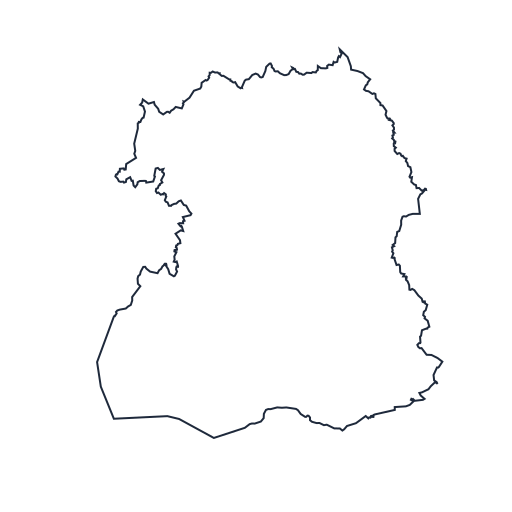 Newport Lea-4, North Tipperary, Ireland, rotated 257°
{"feature_id": "5873133B73905952621151", "entity_name": "Newport Lea-4", "entity_type": "district", "adm_level": 2, "iso_a3": "IRL", "parent_name": "Ireland", "parent_adm1": "North Tipperary", "projection": "albers", "projection_center": [-8.21, 52.789], "detail": "fine", "context": "isolated", "style": "outline", "palette": "slate", "viewbox_px": 512, "rotation_deg": 257, "n_neighbors": 0, "source": "geoboundaries", "source_scale": "gbopen_adm2", "svg_char_len": 6092}
<svg xmlns="http://www.w3.org/2000/svg" viewBox="0 0 512 512"><g transform="rotate(257 256 256)"><path d="M429.4,177.1L427.2,179.8L421.7,180.3L416.1,177.6L416.1,176.6L414.9,175.1L412.6,173.5L413.0,172.1L412.3,172.0L411.8,170.6L406.7,169.5L392.9,162.6L385.6,162.0L383.0,160.4L378.6,161.2L374.8,150.2L369.6,148.5L369.7,147.1L371.1,146.8L371.6,143.0L368.8,142.2L369.1,141.0L366.7,139.2L367.1,138.4L366.6,137.7L365.1,136.9L362.6,138.5L359.7,139.2L358.7,140.7L358.3,143.5L357.2,143.9L357.4,145.9L359.9,146.9L361.1,151.1L357.2,151.7L357.1,152.9L352.2,152.6L350.2,153.8L352.5,156.5L354.5,157.3L355.2,159.6L354.2,164.8L353.7,165.7L352.2,165.6L351.7,172.6L356.2,175.4L357.0,174.9L363.8,177.9L363.9,180.2L361.5,181.7L361.6,185.3L359.2,183.4L357.2,184.9L355.8,184.6L351.2,180.6L348.7,181.3L347.8,178.6L346.8,178.3L346.6,177.1L344.1,175.5L344.0,173.9L341.7,172.9L339.6,173.7L339.8,175.2L337.1,177.0L337.4,179.0L337.0,179.3L338.0,180.6L336.3,182.0L335.2,181.5L334.2,182.0L330.9,179.7L329.2,180.3L328.1,181.9L324.5,182.5L324.0,184.6L324.6,185.1L325.2,188.0L325.0,190.1L326.7,193.0L327.0,195.3L322.0,197.1L320.8,199.3L314.6,201.0L311.8,202.6L310.5,201.4L310.4,193.5L306.4,194.3L306.3,192.7L304.3,192.4L305.2,189.0L304.9,187.7L302.2,189.0L301.8,189.3L302.1,190.0L301.5,190.3L296.7,190.7L297.9,188.4L295.8,182.6L288.5,185.5L285.5,185.2L285.4,182.6L284.4,181.9L284.2,180.6L282.6,179.9L282.3,180.5L280.1,180.5L279.8,180.3L280.1,178.0L279.2,177.6L278.8,177.5L277.6,179.3L274.0,176.3L270.7,175.9L269.0,174.6L268.2,176.1L268.5,177.5L263.6,177.8L263.0,177.5L263.6,176.3L262.9,175.8L260.9,175.1L258.6,175.6L255.0,172.5L254.7,171.4L258.1,167.8L262.9,167.5L266.8,166.1L267.1,166.7L268.6,166.7L269.0,165.6L268.4,164.6L267.9,164.6L266.9,162.5L264.8,160.7L263.9,158.4L261.4,156.2L264.6,149.3L268.4,146.3L270.4,145.6L270.7,143.7L266.8,140.2L264.0,138.8L262.9,136.7L260.6,135.5L255.5,134.7L252.6,136.5L243.9,126.1L240.5,125.4L236.5,123.0L235.6,120.0L234.1,117.3L234.4,111.2L234.1,108.6L233.0,107.0L231.4,107.3L229.2,105.0L229.5,104.6L228.7,103.7L188.4,77.3L163.6,75.4L129.4,80.9L119.9,133.6L114.5,144.4L88.2,174.0L91.1,206.5L93.6,212.0L93.7,214.2L93.0,217.1L93.6,223.5L96.3,227.0L100.5,228.2L103.8,231.1L104.1,233.4L103.5,235.9L103.7,242.6L102.3,247.1L101.6,251.5L98.0,260.6L96.3,262.2L92.0,264.0L88.2,267.7L88.0,268.8L88.9,270.2L88.5,271.3L86.5,272.3L83.9,271.7L81.9,273.2L79.6,277.4L79.0,280.3L75.9,284.1L75.7,287.0L70.4,293.5L69.1,298.9L66.5,300.9L67.3,302.9L69.9,306.4L70.6,315.8L75.4,326.9L72.5,328.9L73.3,330.0L72.8,331.1L74.2,332.0L74.2,332.9L73.1,333.0L72.8,334.2L74.7,334.9L74.9,336.2L74.8,356.6L77.6,357.2L75.8,368.2L76.3,372.3L79.1,377.0L81.0,374.6L81.9,375.3L80.9,376.5L81.2,376.9L79.2,378.2L78.3,386.3L78.9,388.1L83.0,385.1L85.8,384.4L85.8,387.0L87.4,394.1L89.8,397.0L92.4,401.5L92.3,402.8L90.6,404.1L92.6,403.6L94.7,401.6L100.1,402.2L106.7,407.3L106.3,408.4L106.7,409.2L111.1,413.8L115.7,410.0L120.1,404.7L121.4,400.0L129.0,396.6L129.2,395.0L130.8,393.7L133.1,393.2L134.4,395.1L134.2,396.4L134.7,396.8L140.5,397.7L141.2,398.9L146.3,401.0L146.9,404.9L146.7,406.6L147.6,407.0L148.1,409.0L154.3,408.7L157.3,406.2L158.7,407.0L160.7,405.6L163.9,407.0L165.1,409.2L170.0,411.9L171.7,410.1L173.8,410.3L174.0,409.5L173.3,408.7L173.9,408.0L177.2,407.9L180.9,405.3L187.1,402.6L188.8,400.8L188.2,398.9L188.7,397.9L193.2,398.7L197.3,398.0L198.8,396.9L200.9,397.8L200.7,397.1L202.3,397.5L203.0,394.8L205.0,396.5L206.3,393.5L207.9,392.9L214.1,394.0L215.6,393.2L215.6,390.9L221.6,390.3L222.8,390.7L223.4,390.3L223.3,389.1L223.9,387.9L227.8,390.5L229.6,389.6L230.8,390.5L233.9,390.4L234.5,392.8L236.0,391.7L237.3,394.5L242.8,396.1L243.6,397.5L247.7,399.0L248.1,401.2L253.8,404.5L257.9,405.4L261.3,407.6L261.5,409.0L260.7,411.1L261.7,414.1L261.8,418.3L260.2,425.1L275.2,426.8L279.1,430.0L279.6,431.8L282.6,435.8L282.2,436.6L283.2,436.6L283.6,435.8L282.5,434.5L282.4,432.2L285.6,430.2L286.0,427.7L289.2,427.8L290.1,426.2L293.4,424.0L297.7,425.7L297.6,423.9L298.7,423.4L302.8,426.3L307.8,426.4L309.4,424.4L312.6,424.4L314.8,423.3L317.0,424.6L318.0,422.7L320.6,421.6L320.4,420.8L321.2,420.1L323.2,419.8L324.1,418.6L323.6,416.6L327.1,414.7L329.2,415.1L330.1,416.6L332.0,415.0L334.6,415.5L335.8,416.5L335.0,417.1L336.2,417.6L337.1,416.4L338.3,416.4L339.9,415.1L340.8,416.1L342.7,416.0L343.1,417.5L345.4,417.5L345.1,418.7L347.4,417.6L348.2,418.9L350.1,419.3L352.6,418.3L353.6,419.9L354.5,420.1L357.3,418.9L358.5,416.5L359.2,417.5L359.9,417.2L360.3,415.2L361.4,414.7L364.5,414.0L367.9,415.7L374.2,413.2L375.0,411.2L377.1,411.6L382.7,408.2L387.0,408.8L388.0,407.5L387.7,406.0L388.1,405.5L391.2,402.7L392.2,400.3L394.0,398.7L397.6,401.4L398.2,403.0L400.1,404.0L402.5,407.0L406.6,403.3L410.1,401.4L413.4,396.5L416.2,390.6L419.6,391.1L429.2,390.0L438.5,384.1L435.6,384.1L434.2,385.2L430.9,382.6L432.1,381.7L431.0,380.7L426.9,378.8L426.8,376.2L427.7,375.3L424.7,373.6L426.1,370.0L425.2,368.1L423.2,367.8L423.1,366.3L424.4,361.5L427.2,359.0L423.2,358.0L422.8,356.8L421.4,355.6L422.5,352.4L421.8,351.2L423.2,346.6L421.9,343.6L422.1,342.3L423.7,340.7L423.9,339.2L425.8,338.3L426.4,336.7L429.5,336.0L429.6,334.2L430.8,334.6L431.5,333.7L430.0,334.1L428.7,331.3L425.9,328.7L425.5,326.1L425.9,324.1L428.7,320.4L431.1,318.8L431.4,316.6L432.0,315.7L434.6,315.2L436.4,313.8L437.6,314.3L440.3,313.6L440.4,312.5L438.0,308.5L434.1,306.7L428.9,302.8L428.8,301.3L429.4,300.2L432.4,298.7L433.8,296.7L433.2,293.1L429.9,288.8L430.1,286.0L429.4,284.5L423.6,280.2L422.9,280.2L423.3,279.5L422.9,278.7L425.3,276.3L430.1,274.8L430.0,273.5L430.7,272.2L431.8,271.7L432.5,270.5L433.8,270.7L434.0,269.7L438.9,264.8L439.2,263.1L441.4,261.5L442.2,261.7L442.3,260.7L443.5,259.9L444.0,257.3L445.5,255.3L444.6,253.2L445.0,252.1L442.6,251.5L441.7,250.2L440.3,250.5L438.3,248.3L438.1,247.3L438.8,246.5L437.0,242.0L433.3,240.8L431.7,239.3L431.0,232.7L425.2,226.8L422.4,220.7L422.8,220.2L421.9,220.2L421.2,219.1L420.0,219.4L416.5,216.9L419.3,211.3L417.5,208.6L416.7,206.0L415.0,204.1L416.3,202.8L416.5,201.6L414.8,197.4L418.3,194.1L421.5,193.8L426.2,191.3L429.0,191.2L428.6,185.5L434.0,180.9L431.1,179.6L429.4,177.1Z" fill="none" stroke="#1e293b" stroke-width="2"/></g></svg>